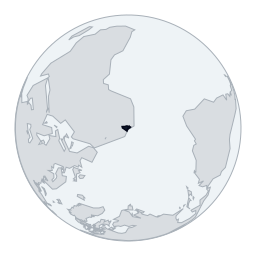 the Earth from above Trarza, rotated 216°
{"feature_id": "MRT-2788", "entity_name": "Trarza", "entity_type": "Region", "adm_level": 1, "iso_a3": "MRT", "parent_name": "Mauritania", "parent_adm1": "", "projection": "orthographic", "projection_center": [-15.679, 17.405], "detail": "fine", "context": "on_globe", "style": "filled", "palette": "ink", "viewbox_px": 256, "rotation_deg": 216, "n_neighbors": 0, "source": "natural_earth", "source_scale": "10m", "svg_char_len": 9062}
<svg xmlns="http://www.w3.org/2000/svg" viewBox="0 0 256 256"><g transform="rotate(216 128 128)"><circle cx="128" cy="128" r="113" fill="#eef3f6" stroke="#a8b0b8"/><path d="M53.9,43.1L57.0,40.6L54.6,42.6L57.4,40.4L60.5,37.8L61.9,36.8L75.7,28.3L78.3,26.9L87.5,22.9L97.1,19.7L106.9,17.4L105.3,17.8L93.2,21.5L93.2,22.4L84.7,28.1L87.0,27.4L85.3,29.5L87.3,29.7L85.1,31.0L88.6,30.0L90.1,28.8L92.2,28.0L93.5,28.1L91.0,29.7L90.0,29.9L89.9,30.4L88.1,31.2L89.7,30.9L86.6,33.0L91.6,31.1L90.7,33.0L88.1,34.4L85.9,34.0L74.3,37.3L71.0,39.2L68.5,42.0L68.9,47.4L66.3,49.9L64.4,53.4L67.0,52.0L69.4,48.8L73.7,47.4L76.1,44.0L78.2,43.1L81.6,40.1L83.7,40.9L84.0,43.5L81.2,46.2L81.3,47.6L86.0,45.6L83.0,51.5L84.6,57.3L83.6,59.0L77.6,60.8L72.2,59.0L64.5,62.7L72.2,60.9L69.4,65.7L70.0,66.9L71.7,67.2L73.8,65.7L73.4,67.6L65.7,69.8L66.0,68.0L68.4,67.2L65.9,66.6L60.6,68.7L59.6,71.3L52.8,72.7L52.0,74.7L50.1,76.3L51.8,72.9L48.6,79.2L40.4,83.8L35.9,95.3L37.5,85.3L36.3,83.2L34.4,82.1L33.6,83.9L32.2,80.7L29.0,82.9L24.9,91.2L22.9,98.7L24.7,101.1L26.6,97.8L28.7,98.5L24.3,107.9L27.4,112.0L25.4,119.6L26.0,124.4L28.3,124.7L30.5,127.9L33.0,124.3L36.7,123.2L35.8,129.6L38.6,124.6L40.1,128.5L48.1,130.9L47.2,132.2L53.8,141.9L62.5,147.4L64.6,152.6L63.4,155.2L66.7,156.7L66.8,158.6L81.7,164.1L90.5,169.8L91.0,176.2L85.1,182.5L83.4,196.4L73.9,199.2L73.9,204.3L70.6,210.6L64.5,208.5L68.8,212.8L67.4,214.3L64.2,213.4L65.8,215.9L63.5,215.1L66.6,217.4L66.2,219.4L70.2,222.4L70.7,223.9L73.4,225.6L72.4,225.2L72.2,225.3L73.3,226.1L68.7,223.5L63.6,219.9L62.5,218.6L61.1,217.7L58.2,214.0L57.9,214.4L51.9,207.2L49.4,201.6L41.7,182.8L39.1,178.2L33.3,171.3L26.0,153.3L26.8,147.7L25.7,144.1L29.3,136.9L29.1,127.8L28.1,126.0L26.6,128.5L23.8,120.8L23.9,113.5L21.1,95.5L22.1,91.4L24.1,86.2L33.5,66.8L24.7,83.7L26.4,79.6L29.6,73.1L30.2,72.2L35.5,63.7L41.2,56.2L47.3,49.4L53.9,43.1ZM34.1,98.9L37.9,107.3L34.4,106.3L35.3,105.6L34.6,102.6L32.9,99.2L30.2,99.0L34.1,98.9ZM38.9,94.0L38.2,93.1L39.1,93.5L38.9,94.0ZM62.2,36.6L60.4,37.9L57.0,40.7L58.3,39.5L61.9,36.8L62.2,36.6ZM80.2,39.8L80.9,40.0L79.9,40.4L80.2,39.8ZM81.1,38.5L79.4,39.0L79.6,38.5L80.6,38.2L81.1,38.5ZM83.0,38.1L80.1,37.4L80.4,36.5L84.5,34.7L83.0,38.1ZM90.1,28.4L88.4,29.7L88.6,28.6L90.1,28.4ZM89.6,27.9L87.1,26.3L90.2,24.7L90.4,25.4L93.4,23.5L96.1,23.4L95.1,24.5L92.6,25.5L95.5,24.8L89.6,27.9ZM93.0,27.6L92.2,27.3L94.8,25.9L96.8,26.2L95.3,26.5L93.0,27.6ZM92.8,23.1L95.1,22.2L97.9,21.9L99.2,21.5L96.4,23.3L92.8,23.1ZM95.4,26.9L97.8,26.4L97.8,27.2L93.9,27.8L95.4,26.9ZM94.6,25.4L95.9,24.8L95.9,25.2L94.6,25.4ZM99.0,30.2L98.0,29.7L99.3,28.8L99.0,30.2ZM98.7,26.2L98.7,25.9L99.1,25.6L100.6,25.4L98.7,26.2ZM98.6,23.1L99.3,23.2L99.9,22.3L102.0,22.2L99.8,23.5L101.7,22.9L102.3,22.8L99.8,23.9L98.6,23.1ZM103.3,24.4L101.2,26.3L102.7,27.3L101.6,28.0L99.3,26.3L103.3,24.4ZM101.4,24.0L102.3,24.4L100.5,25.0L98.8,25.1L101.4,24.0ZM104.3,21.7L101.6,21.5L102.2,21.3L104.3,21.7ZM104.1,24.5L104.6,24.1L104.4,24.5L104.1,24.5ZM104.6,22.4L103.6,22.3L104.3,22.0L104.6,22.4ZM106.4,23.3L105.7,23.9L104.5,24.0L106.4,23.3ZM105.9,22.8L107.1,22.4L104.5,23.6L105.3,22.8L105.9,22.8ZM105.5,22.1L105.5,21.9L105.8,22.2L105.5,22.1ZM111.3,22.9L108.4,24.5L105.8,24.5L109.0,23.0L111.3,22.9ZM77.5,228.3L69.7,224.1L73.6,226.3L73.4,225.7L78.6,228.4L77.5,228.3ZM78.4,227.1L79.9,227.2L81.1,227.7L80.3,227.9L78.4,227.1ZM239.2,109.9L236.3,98.8L232.9,89.8L233.0,91.8L228.8,86.1L225.1,90.2L223.4,88.1L223.0,90.2L219.8,89.3L216.8,86.0L215.4,87.3L223.0,96.0L224.4,94.7L224.0,89.5L226.0,93.1L228.9,95.0L229.7,106.7L222.4,121.3L219.8,113.9L204.5,96.4L203.9,93.9L203.8,93.7L203.5,93.3L204.0,97.5L200.7,94.0L210.9,106.7L213.4,112.8L222.3,121.9L221.9,123.4L224.2,124.9L229.3,118.6L229.7,121.2L228.5,135.1L219.8,156.1L219.9,166.5L217.5,176.0L209.7,184.6L208.0,191.2L203.7,194.9L201.9,198.8L197.0,203.7L189.9,209.0L180.2,211.4L181.5,208.2L179.5,202.7L177.5,187.5L181.9,179.2L181.9,173.2L174.7,160.7L176.4,152.6L174.0,149.7L169.3,151.3L166.3,147.7L163.3,148.1L143.1,153.1L135.7,148.5L124.3,133.2L127.1,126.6L125.6,119.2L143.5,92.1L149.5,92.9L166.1,87.0L168.6,87.5L169.1,93.4L183.5,97.7L185.2,92.2L195.9,93.4L201.4,91.5L199.1,80.5L190.0,83.5L186.0,79.1L191.3,72.4L198.9,70.4L197.6,68.6L190.8,66.2L190.5,62.2L188.2,65.1L190.7,66.5L189.3,68.5L187.0,67.4L186.9,65.9L184.1,65.9L184.9,73.3L187.5,75.5L181.3,78.7L185.0,82.9L184.0,85.5L177.4,79.6L176.5,77.0L165.9,71.6L166.3,74.5L176.3,80.0L174.1,79.9L174.8,84.4L172.5,80.9L161.5,74.7L154.5,77.9L149.1,90.1L144.3,91.7L138.6,90.3L137.0,79.1L148.0,76.8L147.6,73.3L142.3,69.1L146.1,68.9L145.3,67.1L149.1,66.2L151.6,61.0L155.0,59.9L153.1,54.4L154.6,53.3L155.3,56.7L157.7,58.7L165.9,56.6L166.6,55.1L164.7,51.9L167.2,51.9L164.3,49.1L167.6,46.8L161.2,47.4L158.7,44.2L159.1,41.2L157.2,40.4L156.5,45.3L157.3,47.3L159.8,48.7L160.9,54.8L158.7,56.4L153.1,50.8L149.4,52.6L146.7,47.9L150.2,36.7L153.2,34.1L164.1,35.8L165.1,37.9L161.6,38.1L167.5,40.5L165.7,39.0L167.8,39.2L166.0,36.6L167.4,36.7L163.3,34.3L164.8,34.0L167.4,35.6L166.0,32.0L168.4,31.2L167.4,30.5L165.7,29.9L169.8,29.6L168.9,29.0L167.2,28.9L164.3,27.8L160.8,25.9L162.4,25.9L163.9,26.6L169.4,28.2L173.2,30.3L173.5,30.1L170.6,28.4L163.8,26.3L161.2,25.2L164.4,25.9L163.0,25.6L162.3,25.0L163.0,24.6L159.5,23.8L148.8,19.4L149.2,18.5L153.1,19.3L147.3,17.3L148.2,17.2L146.6,17.0L142.8,16.3L142.5,16.3L141.4,16.2L136.5,15.7L144.3,16.5L152.1,18.0L159.8,19.9L167.3,22.4L174.6,25.4L181.7,29.0L188.5,33.0L195.0,37.4L201.2,42.4L207.0,47.7L212.4,53.4L217.5,59.6L222.0,66.0L226.2,72.7L229.8,79.8L232.9,87.0L235.5,94.5L237.6,102.1L239.2,109.9ZM140.0,105.4L140.2,107.7L140.0,105.4ZM208.8,73.8L212.1,72.4L207.3,67.0L208.2,66.1L206.2,64.7L206.9,66.6L201.7,62.8L201.9,60.3L199.8,57.9L198.6,58.3L199.0,63.6L206.6,69.0L207.2,71.9L208.8,73.8ZM48.4,130.9L49.2,132.5L47.9,132.1L48.4,130.9ZM33.2,108.7L34.3,109.5L34.7,110.8L33.7,110.6L33.2,108.7ZM44.5,113.8L46.1,115.0L44.1,114.8L44.5,113.8ZM38.7,108.4L43.2,113.1L39.3,113.6L36.6,110.8L38.9,111.1L38.7,108.4ZM36.9,97.3L37.5,98.2L36.9,99.2L36.9,97.3ZM39.6,94.3L39.3,94.3L39.3,93.2L39.6,94.3ZM69.8,65.6L70.4,65.5L71.9,66.1L70.6,66.6L69.8,65.6ZM82.0,65.0L81.1,68.2L80.8,66.1L78.8,67.3L75.8,64.6L82.9,59.7L80.2,62.3L82.0,65.0ZM73.7,60.1L74.8,62.0L73.3,60.1L73.7,60.1ZM137.1,58.9L139.4,59.7L139.3,61.9L134.9,64.2L134.9,60.9L137.1,58.9ZM142.6,60.4L138.3,54.7L140.9,53.3L140.2,55.0L142.3,54.7L141.7,57.3L148.3,61.9L148.7,64.3L140.4,66.7L142.9,64.5L140.5,63.7L142.6,60.4ZM122.8,45.5L121.0,43.9L128.9,42.9L129.7,44.6L125.4,46.8L121.9,46.1L122.8,45.5ZM90.8,35.3L89.5,35.3L90.2,34.8L91.8,34.3L90.8,35.3ZM98.5,30.0L96.8,35.0L95.3,35.2L96.1,38.3L92.5,40.1L92.1,37.9L89.9,41.8L88.2,40.6L87.1,43.2L86.6,38.2L85.0,37.5L88.2,37.6L91.5,35.9L92.5,35.0L93.9,32.0L91.9,30.0L94.9,28.4L97.5,27.8L98.4,28.0L96.2,28.9L99.1,28.5L96.5,30.1L98.5,30.0ZM126.7,25.6L123.7,25.9L129.0,26.8L126.5,27.8L127.3,27.9L126.5,29.1L126.8,30.9L125.3,31.2L126.0,31.7L125.5,32.7L126.0,33.6L123.6,34.6L124.0,35.9L122.6,35.7L124.1,37.7L121.9,36.7L120.9,38.1L123.6,38.3L108.9,43.0L104.4,46.3L101.9,49.7L98.5,47.9L98.6,43.8L100.9,39.2L105.7,36.5L103.3,36.4L104.9,35.1L106.1,35.7L105.1,34.1L106.8,33.3L108.8,30.1L106.4,28.6L107.1,27.5L108.8,27.7L108.3,26.6L112.1,26.3L112.7,25.6L117.0,24.9L120.1,25.9L120.5,25.1L123.9,24.7L126.7,25.6ZM112.6,22.7L116.8,23.4L117.6,24.4L109.7,25.4L108.7,26.0L103.6,27.0L102.7,25.7L104.2,25.5L105.5,25.0L105.3,25.6L106.4,24.8L108.5,24.6L109.9,23.9L110.9,24.3L112.6,22.7ZM169.9,85.0L171.6,84.9L173.8,84.1L174.3,87.1L169.9,85.0ZM162.4,80.8L163.7,80.2L165.4,83.7L163.7,84.0L162.4,80.8ZM162.9,77.0L163.6,79.9L162.2,78.5L162.9,77.0ZM156.3,56.1L157.5,55.4L158.2,56.0L158.3,57.4L156.3,56.1ZM141.9,29.8L140.1,29.5L140.1,29.1L136.9,27.7L138.5,27.0L141.1,27.6L141.9,29.8ZM198.4,82.8L197.6,85.3L196.4,84.7L196.9,83.9L198.4,82.8ZM186.0,86.4L189.5,86.9L186.1,87.2L186.0,86.4ZM143.1,28.8L141.6,28.3L143.4,28.3L143.1,28.8ZM139.5,26.5L141.3,26.4L138.3,26.8L139.5,26.5ZM227.4,169.4L218.8,187.3L216.2,188.8L217.4,184.5L221.8,174.1L225.5,169.7L227.7,164.4L227.4,169.4ZM154.7,24.5L157.3,27.0L160.3,28.9L163.6,29.8L160.0,29.8L155.5,26.9L154.7,24.5ZM149.3,19.9L146.4,19.5L146.9,19.2L147.6,19.3L149.3,19.9ZM148.2,20.0L146.1,20.4L143.9,19.9L146.0,19.6L148.2,20.0ZM144.8,24.0L145.5,24.8L144.0,24.7L144.8,24.0ZM141.3,16.2L139.9,16.1L139.5,16.0L141.3,16.2ZM135.6,15.7L137.0,15.9L134.8,15.7L135.6,15.7ZM140.3,16.4L137.3,16.0L141.2,16.4L140.3,16.4Z" fill="#d9dde1" stroke="#a8b0b8" stroke-width="1"/><path d="M129.4,129.4L129.2,129.5L129.1,129.4L129.1,129.5L128.8,129.6L128.7,129.6L128.4,129.6L128.2,129.7L128.1,129.8L127.9,129.8L127.7,129.8L127.7,129.7L127.7,129.8L127.6,129.7L127.5,129.8L127.4,129.8L127.2,129.7L126.9,129.7L126.8,129.8L126.7,130.3L126.5,130.5L126.4,130.7L126.4,131.0L126.4,130.8L126.4,130.6L126.4,130.2L126.5,130.0L126.5,129.9L126.5,129.6L126.7,129.1L126.8,128.9L126.9,128.7L127.0,128.4L127.3,127.7L127.3,127.2L127.8,127.1L127.8,126.5L127.8,126.1L127.3,126.1L127.3,125.9L127.2,125.6L127.1,125.3L127.1,125.2L127.0,124.9L130.6,124.9L132.5,124.8L133.6,125.7L132.2,126.8L131.6,127.2L131.2,127.6L130.6,128.6L130.1,129.0L129.8,129.1L129.6,129.3L129.4,129.4L129.4,129.4Z" fill="#0f172a" stroke="#020617" stroke-width="1.5"/></g></svg>